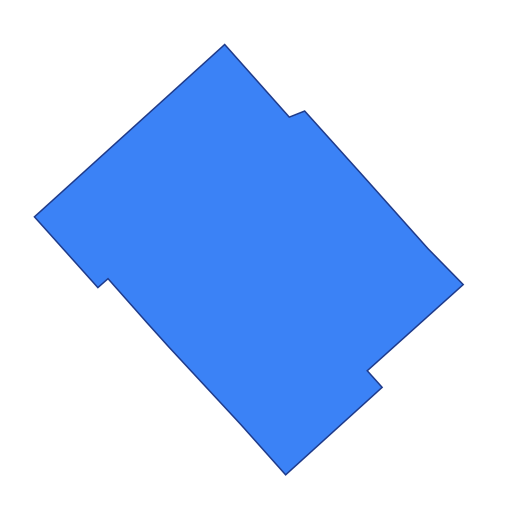 Benton, Missouri, United States of America (Equal Earth projection), rotated 136°
{"feature_id": "52423323B53936333340658", "entity_name": "Benton", "entity_type": "district", "adm_level": 2, "iso_a3": "USA", "parent_name": "United States of America", "parent_adm1": "Missouri", "projection": "equal_earth", "projection_center": [-93.279, 38.299], "detail": "fine", "context": "isolated", "style": "filled", "palette": "blue", "viewbox_px": 512, "rotation_deg": 136, "n_neighbors": 0, "source": "geoboundaries", "source_scale": "gbopen_adm2", "svg_char_len": 371}
<svg xmlns="http://www.w3.org/2000/svg" viewBox="0 0 512 512"><g transform="rotate(136 256 256)"><path d="M120.3,326.5L135.6,332.8L131.6,429.9L388.2,438.1L388.6,426.8L391.7,343.1L378.2,342.5L380.8,283.4L381.9,251.3L384.0,145.5L386.7,78.0L256.5,73.9L255.7,96.2L126.8,91.5L127.2,142.0L123.4,238.2L120.3,326.5Z" fill="#3b82f6" stroke="#1e3a8a" stroke-width="1.5"/></g></svg>